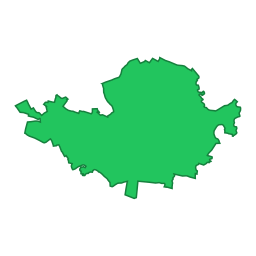 outline of Voivodeni, Mures, Romania
{"feature_id": "2599482B38443104780555", "entity_name": "Voivodeni", "entity_type": "district", "adm_level": 2, "iso_a3": "ROU", "parent_name": "Romania", "parent_adm1": "Mures", "projection": "natural_earth1", "projection_center": [24.606, 46.712], "detail": "fine", "context": "isolated", "style": "filled", "palette": "green", "viewbox_px": 256, "rotation_deg": 0, "n_neighbors": 0, "source": "geoboundaries", "source_scale": "gbopen_adm2", "svg_char_len": 5763}
<svg xmlns="http://www.w3.org/2000/svg" viewBox="0 0 256 256"><path d="M172.1,188.5L172.1,187.3L172.0,186.7L172.2,186.1L172.3,184.4L172.6,183.2L172.4,182.0L172.0,181.2L172.0,180.9L172.1,180.6L173.0,179.3L173.1,179.0L173.1,178.6L172.9,178.3L173.0,177.7L174.2,176.5L174.6,175.8L174.6,175.3L174.0,174.0L182.5,176.0L185.8,175.8L187.1,175.9L190.1,177.1L195.3,178.4L195.2,176.4L195.4,173.6L196.8,174.1L197.0,174.1L197.0,173.1L197.3,171.4L197.3,170.9L196.7,170.5L196.2,170.1L195.6,167.9L195.8,166.4L196.3,165.4L198.3,164.5L198.6,164.2L198.8,163.4L203.7,165.0L206.1,163.6L207.1,162.5L209.2,162.5L209.2,161.8L210.2,161.7L210.8,161.5L211.0,161.3L210.0,160.7L209.6,159.5L210.0,159.1L211.8,158.7L212.2,157.9L212.0,156.8L207.3,155.5L207.5,154.9L209.0,152.8L211.6,150.2L216.0,143.4L219.8,143.3L219.1,141.6L219.1,141.1L218.7,140.3L218.1,139.3L217.1,138.7L216.2,138.4L215.4,137.7L215.0,137.0L213.9,134.0L213.9,132.0L214.2,130.6L216.5,126.8L217.2,126.0L218.6,124.8L221.9,124.5L222.5,124.7L223.4,125.4L224.8,127.8L225.0,128.8L224.5,129.3L224.9,131.0L224.8,132.8L227.7,133.2L228.6,133.7L232.3,134.4L232.5,136.1L233.3,136.1L233.5,135.4L234.3,135.2L236.4,133.6L236.7,133.1L236.8,132.7L236.0,130.6L236.1,130.1L236.7,128.8L236.8,128.4L236.6,127.1L236.5,126.9L236.2,126.8L235.2,126.7L234.5,126.5L234.0,126.0L233.8,125.4L233.7,124.4L233.8,123.9L234.4,122.9L234.4,122.5L233.9,121.0L234.3,119.4L234.6,118.7L235.3,118.2L237.0,117.4L237.5,117.0L239.4,116.6L239.7,116.4L239.9,116.2L239.8,115.5L239.2,113.8L239.2,113.0L239.3,112.6L239.9,111.7L240.5,110.3L240.6,108.9L240.6,108.2L240.4,107.3L240.3,107.2L238.0,106.9L237.0,106.6L236.4,106.1L236.2,105.7L235.8,104.5L235.8,103.5L237.3,101.7L234.6,99.4L233.6,100.3L232.9,101.3L231.9,102.7L230.6,103.2L227.8,105.2L226.9,105.4L224.5,105.7L216.8,110.4L215.2,111.0L214.4,110.7L210.1,110.3L209.2,110.0L208.4,109.6L207.6,109.0L206.4,107.6L204.8,107.3L204.1,106.7L204.5,105.6L204.5,105.0L204.3,104.3L203.8,103.6L201.7,102.1L201.5,101.9L201.4,101.3L201.4,100.9L201.7,100.5L203.0,99.7L203.0,99.3L201.6,98.2L200.5,96.5L199.1,95.2L199.0,94.9L199.1,94.5L199.4,94.2L200.4,94.1L201.6,94.3L201.9,95.2L202.1,95.3L202.6,95.2L204.4,93.8L204.5,93.2L204.4,92.7L203.9,91.6L203.5,91.3L203.0,91.5L202.8,91.8L202.6,92.2L202.0,92.5L198.9,92.2L198.3,91.9L197.9,91.5L197.5,90.3L197.5,90.0L197.9,89.6L198.7,89.4L199.0,89.2L199.1,88.3L198.9,87.0L198.5,85.8L198.0,85.0L196.9,85.2L196.4,84.9L196.1,84.2L196.0,83.2L196.1,82.7L196.1,82.2L196.2,81.8L197.1,80.8L197.4,80.2L197.0,79.9L197.1,79.4L197.4,78.9L198.4,78.4L198.9,77.9L198.9,76.6L198.8,76.2L192.4,68.5L191.5,69.5L191.5,70.7L187.9,68.8L186.7,67.8L184.5,66.1L182.3,65.6L177.7,65.2L176.7,64.9L169.3,61.8L165.4,60.5L159.8,57.6L159.6,59.0L158.1,61.4L152.6,58.4L149.4,62.7L145.3,60.5L144.6,61.5L140.3,63.3L137.3,58.5L132.4,60.1L129.7,61.2L128.1,62.8L127.1,64.6L125.0,66.2L123.6,67.8L122.6,68.6L122.0,69.4L121.0,73.8L119.7,76.4L118.8,77.4L116.5,78.1L114.5,78.8L111.6,80.1L105.4,82.2L102.0,83.7L102.6,84.0L102.7,84.6L102.6,85.1L103.7,88.8L103.6,89.4L103.7,92.4L104.5,94.6L104.7,95.6L105.4,97.8L106.5,99.7L107.0,100.6L107.8,101.8L108.9,102.9L110.2,104.4L111.2,105.2L111.7,105.7L112.3,106.6L113.4,109.9L113.7,111.7L112.4,112.6L111.7,112.9L110.8,114.0L110.2,114.5L107.7,116.0L107.7,117.0L106.6,116.6L102.8,114.9L102.5,114.8L101.9,114.8L100.8,115.3L99.6,114.5L98.3,113.1L97.1,112.2L97.3,112.0L97.9,111.9L98.4,112.0L99.1,112.4L99.3,112.3L98.7,111.4L98.0,110.8L97.4,109.6L97.3,109.1L97.2,108.7L92.4,108.9L92.4,111.8L92.2,112.7L91.2,113.8L83.6,111.4L82.2,111.5L79.8,110.8L79.0,112.4L78.7,113.4L77.2,112.8L76.6,112.7L76.0,112.4L74.6,112.0L73.5,111.4L72.5,111.2L71.5,111.2L68.2,110.3L65.8,108.8L63.0,106.3L67.0,100.9L67.1,100.2L66.7,99.7L67.9,99.1L66.0,97.3L65.6,97.1L62.7,98.3L62.0,98.4L61.4,98.2L61.0,98.1L58.8,96.3L56.9,95.1L56.9,94.9L56.4,95.1L56.0,95.5L55.8,97.8L55.4,98.6L54.5,102.3L52.5,102.1L48.2,101.0L47.9,102.5L46.2,102.2L45.3,102.4L44.2,103.8L43.7,104.3L45.7,105.9L46.3,106.1L46.5,106.5L46.0,106.6L46.0,106.8L46.3,107.4L47.2,111.5L44.3,113.1L41.7,115.4L39.3,112.9L38.4,112.6L37.2,112.6L36.5,112.3L35.7,111.5L35.1,110.7L33.4,107.9L31.1,109.1L28.4,104.0L27.5,101.9L26.6,100.2L24.3,101.2L15.4,105.8L16.0,106.7L16.4,106.9L20.1,112.3L23.6,112.6L28.6,114.3L28.4,116.0L30.6,116.6L33.5,117.2L37.7,119.2L38.3,119.3L39.9,118.4L40.1,118.6L40.4,122.1L38.1,121.2L36.8,121.1L34.9,121.1L30.9,121.7L27.5,122.0L25.6,129.0L24.8,133.2L25.7,133.6L27.2,134.9L29.3,136.1L34.6,138.0L39.4,140.4L43.2,142.5L43.8,142.7L44.3,142.8L45.9,142.3L49.9,139.2L50.5,138.9L51.8,140.9L53.2,145.0L53.4,146.1L56.5,145.7L56.7,145.2L58.8,144.8L59.8,146.8L61.5,151.3L62.3,152.1L64.5,156.3L64.8,156.5L66.1,155.6L68.3,158.8L67.9,159.5L68.5,160.8L68.7,162.8L72.1,163.6L71.4,165.6L71.4,166.7L72.2,168.9L72.8,169.7L73.6,169.5L75.3,168.8L76.9,167.6L78.6,166.5L80.4,165.9L82.5,165.0L83.0,164.9L84.0,165.0L84.9,165.4L85.9,166.1L86.0,166.3L85.1,167.7L83.4,166.7L82.6,167.1L81.1,167.2L80.6,167.5L80.5,168.2L79.7,169.1L79.9,170.4L80.6,171.2L81.0,171.2L81.1,172.2L80.9,173.0L81.0,173.7L81.5,173.9L83.1,173.8L83.5,174.0L83.6,174.4L82.8,174.8L82.5,175.1L82.6,175.4L84.0,175.6L84.8,175.5L86.1,173.7L86.5,173.5L88.2,173.4L88.3,173.1L88.6,172.7L89.2,172.6L89.6,172.3L90.4,172.0L92.4,172.2L92.6,171.7L92.8,170.6L93.3,170.3L93.7,169.9L94.5,169.6L95.6,169.8L97.0,170.5L97.9,171.1L98.4,171.5L98.5,171.9L98.7,172.0L99.5,172.1L100.8,173.0L102.2,174.2L104.3,176.4L106.6,178.2L107.4,179.0L108.1,180.2L110.0,182.5L110.1,184.7L110.2,186.1L112.1,186.7L112.9,186.4L115.3,184.7L117.4,183.4L118.5,183.1L121.6,183.0L123.9,182.1L127.4,181.3L127.1,182.6L126.0,188.9L125.1,194.8L134.2,198.4L136.3,197.6L137.9,181.2L148.9,182.2L155.6,183.0L159.3,182.6L161.6,183.4L164.2,183.4L164.6,183.5L165.0,184.9L164.2,186.8L166.4,187.2L166.6,187.0L172.1,188.5Z" fill="#22c55e" stroke="#15803d" stroke-width="1.5"/></svg>